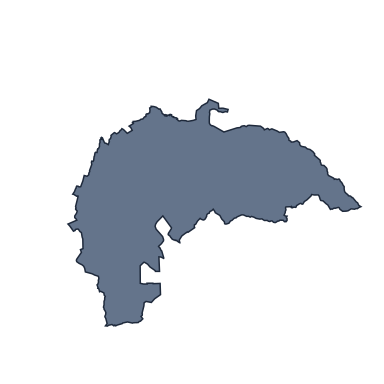 Babeni, Salaj, Romania (orthographic projection), rotated 331°
{"feature_id": "2599482B45122304788929", "entity_name": "Babeni", "entity_type": "district", "adm_level": 2, "iso_a3": "ROU", "parent_name": "Romania", "parent_adm1": "Salaj", "projection": "orthographic", "projection_center": [23.391, 47.295], "detail": "fine", "context": "isolated", "style": "filled", "palette": "slate", "viewbox_px": 384, "rotation_deg": 331, "n_neighbors": 0, "source": "geoboundaries", "source_scale": "gbopen_adm2", "svg_char_len": 6044}
<svg xmlns="http://www.w3.org/2000/svg" viewBox="0 0 384 384"><g transform="rotate(331 192 192)"><path d="M258.0,127.2L251.8,119.1L248.8,121.3L242.5,121.3L239.0,122.7L235.4,123.0L232.1,127.3L230.7,130.5L227.9,130.0L223.2,128.4L221.8,127.5L221.4,126.8L217.5,124.2L215.7,124.0L214.6,123.0L214.5,121.9L214.0,121.1L214.8,120.9L214.5,119.8L212.3,118.0L212.6,117.9L212.4,117.2L211.2,116.4L211.1,115.8L211.6,114.6L210.9,113.8L209.6,114.4L209.2,113.9L209.5,113.4L208.2,113.3L206.8,112.0L206.6,113.3L205.1,112.1L205.0,111.7L205.4,111.1L204.9,110.7L204.0,108.7L204.4,107.4L204.3,103.8L203.3,103.6L201.8,100.5L200.3,99.0L199.1,98.0L198.4,98.0L197.9,97.2L197.0,98.1L195.7,98.0L194.8,100.3L193.4,102.1L191.1,102.3L190.7,101.8L189.8,101.7L189.3,102.0L188.2,103.6L186.8,103.3L184.4,104.3L182.5,103.6L180.9,103.9L176.9,102.8L174.8,101.8L174.6,102.4L173.7,102.3L173.9,103.7L168.9,103.9L169.7,105.9L169.6,109.1L163.8,109.3L162.4,104.3L161.4,102.6L160.2,103.3L158.9,103.4L157.2,104.4L155.1,104.6L154.2,104.5L153.1,102.5L152.8,102.4L148.6,103.2L148.3,104.1L146.5,105.9L145.2,105.9L144.1,107.3L144.1,108.0L142.1,109.4L142.0,109.8L141.7,110.0L140.5,107.8L139.5,107.0L139.4,105.7L139.9,101.2L139.0,99.8L139.2,101.4L138.4,101.0L138.4,102.1L137.7,101.6L136.7,101.8L135.6,104.0L134.4,105.0L133.1,107.4L131.1,108.8L130.6,108.5L129.8,109.1L128.1,111.4L126.9,110.5L126.1,110.8L123.9,113.5L123.5,113.6L121.4,116.6L120.3,117.3L119.4,116.4L118.5,117.1L117.7,119.3L112.8,123.6L112.4,124.6L110.9,125.5L110.1,126.9L107.9,127.4L105.7,125.3L101.8,129.5L97.2,133.4L95.7,132.8L95.1,131.6L94.1,131.0L93.8,131.4L93.1,131.5L92.4,132.5L91.6,132.8L89.4,134.7L86.7,136.1L87.4,136.7L89.1,139.8L90.3,140.2L90.1,140.8L83.1,148.3L82.9,149.5L82.3,150.0L82.3,150.6L81.9,150.7L81.9,151.3L82.4,153.0L80.7,154.6L78.0,156.0L77.5,156.6L77.0,157.7L77.5,159.0L77.6,160.8L68.0,159.9L68.6,162.4L69.3,168.8L71.1,169.0L71.6,168.4L72.4,168.3L74.3,169.1L74.6,169.8L74.8,172.3L75.6,173.8L75.4,174.4L74.1,178.1L73.7,180.2L69.2,188.7L66.5,188.3L66.0,191.2L58.6,194.9L57.8,195.6L57.4,197.0L58.6,199.6L60.5,202.3L61.3,204.4L61.1,206.9L60.0,210.2L65.1,215.2L66.7,217.6L69.1,220.1L69.1,221.2L68.4,222.8L67.3,223.7L66.5,225.5L65.0,226.9L63.9,227.2L63.5,229.8L62.9,230.5L63.5,231.0L63.4,232.3L62.8,234.4L63.9,234.5L66.0,237.5L65.2,239.7L65.5,241.3L64.5,242.0L63.3,244.0L62.1,244.9L60.4,248.0L58.7,249.8L58.7,250.9L58.2,252.1L58.4,253.6L58.2,255.7L57.0,257.4L55.6,258.4L55.3,259.0L55.3,260.8L54.0,265.9L51.4,267.1L53.1,268.3L54.4,268.1L57.8,269.1L58.8,271.2L59.4,270.8L60.1,271.0L60.4,272.1L62.0,272.1L67.2,273.3L67.9,273.0L72.6,274.4L76.4,277.8L77.5,278.0L81.6,280.1L83.1,279.7L84.3,280.0L87.5,279.1L87.1,276.1L88.7,275.7L89.5,274.5L89.4,274.0L94.7,268.3L96.4,265.7L98.7,265.4L102.9,268.9L107.5,267.3L114.7,266.5L119.8,256.5L113.5,253.3L113.6,252.8L108.6,250.1L108.6,250.6L108.3,250.8L105.0,249.0L102.5,246.8L110.9,231.4L115.8,230.1L116.4,230.5L118.2,233.6L118.9,237.2L121.6,242.7L121.7,243.2L121.5,243.7L125.1,245.7L131.6,232.7L133.2,233.7L135.0,236.3L135.3,236.1L136.9,229.1L136.9,228.5L136.6,228.3L136.9,225.3L136.6,225.0L136.4,223.3L140.2,222.4L143.4,220.9L144.1,219.8L144.7,216.7L142.6,207.1L143.1,204.1L144.6,202.5L147.1,201.1L154.9,198.8L156.7,213.4L155.9,214.2L151.3,216.7L150.5,217.8L151.4,219.9L151.4,221.1L151.8,223.6L153.1,225.4L153.9,225.7L153.9,226.3L155.2,226.9L155.1,227.5L156.6,230.4L156.8,230.5L157.5,227.9L161.8,225.5L166.7,224.8L167.9,224.9L168.5,224.6L169.1,225.3L177.0,224.5L176.9,224.0L178.3,221.8L179.6,222.0L182.7,220.1L186.3,219.0L186.6,220.0L188.2,221.9L188.9,222.2L190.5,222.0L193.1,220.3L193.5,219.5L194.4,218.8L195.7,218.6L196.7,218.9L198.2,217.7L200.3,217.9L202.2,217.3L202.5,219.9L202.3,221.4L205.0,226.0L204.9,230.0L205.9,233.7L205.2,235.5L205.5,236.1L206.7,236.7L209.2,237.2L211.6,236.0L213.2,236.2L216.3,235.4L218.1,236.0L219.4,235.6L224.5,236.1L225.9,237.0L228.0,239.8L229.7,240.7L230.7,242.2L232.2,242.2L234.0,244.1L235.3,246.2L238.2,248.6L240.1,249.4L241.5,252.0L244.0,253.3L244.6,254.5L245.8,255.6L247.2,255.6L248.1,256.3L248.6,258.0L249.9,259.1L251.6,259.2L252.4,258.9L253.9,259.5L255.3,259.3L258.1,261.0L258.4,262.7L259.0,263.2L259.8,263.0L260.0,263.5L261.3,263.0L262.2,261.4L262.0,260.2L263.4,259.2L262.1,258.4L261.3,256.9L263.6,255.2L264.1,254.3L265.5,253.2L266.1,251.2L267.0,250.6L271.2,252.7L271.3,253.6L272.1,253.1L272.3,254.5L273.8,254.6L275.2,255.7L275.8,255.6L276.8,254.6L280.5,254.4L281.7,254.7L282.1,255.7L283.0,256.3L285.7,254.8L288.7,254.6L294.1,253.2L295.4,252.2L297.5,253.9L300.9,255.7L301.2,257.3L300.5,260.7L300.5,261.8L302.3,263.3L303.5,267.1L304.5,269.2L304.6,274.3L305.5,274.3L306.2,275.0L308.4,275.0L309.5,275.7L312.5,276.4L313.1,277.1L313.0,278.8L314.4,281.9L317.6,283.5L319.4,284.1L323.0,283.9L325.9,285.9L327.4,286.0L328.6,286.8L330.2,286.5L332.6,286.7L331.4,284.6L331.6,281.6L330.9,280.5L329.8,274.7L329.2,274.4L328.7,272.5L327.0,271.1L327.0,269.8L326.2,268.1L325.7,266.1L325.8,265.2L326.7,262.8L327.7,261.1L327.4,258.5L327.6,257.9L327.5,255.9L327.0,254.8L327.0,253.9L327.2,253.5L326.9,251.9L324.9,251.4L324.1,250.3L322.6,249.9L322.8,249.2L322.4,248.2L319.4,243.8L319.3,242.1L320.2,240.6L320.4,239.0L321.0,238.0L321.3,236.9L321.2,235.8L320.3,232.8L318.5,231.5L318.2,230.8L318.7,229.1L318.7,227.8L319.4,226.8L319.4,226.0L316.9,219.3L317.8,218.1L317.3,215.3L315.8,212.0L313.7,210.1L312.9,207.7L309.9,205.2L309.4,204.2L309.2,202.7L310.0,201.1L308.8,198.0L304.9,197.4L303.0,196.4L303.0,195.4L301.9,193.7L302.7,192.0L302.4,189.2L302.6,186.9L302.2,184.6L301.3,183.7L297.3,182.2L296.1,180.0L292.5,175.5L289.8,175.1L289.3,173.5L288.8,173.0L285.4,172.7L285.5,171.6L285.2,170.5L283.8,167.6L274.4,161.4L273.2,160.9L271.1,161.1L269.9,159.4L267.8,158.6L266.6,158.5L266.2,158.9L265.3,158.9L262.4,157.7L249.0,155.0L243.3,145.6L242.1,144.0L241.5,143.8L240.6,142.2L240.5,140.4L241.1,139.1L243.6,134.7L245.5,132.2L245.8,131.0L247.3,129.1L250.1,129.4L251.9,130.3L253.6,132.4L254.1,133.6L253.9,134.0L254.5,134.9L255.6,135.4L257.5,137.4L260.2,137.9L261.8,139.2L263.6,137.3L259.7,133.7L256.0,131.8L258.0,127.2Z" fill="#64748b" stroke="#1e293b" stroke-width="1.5"/></g></svg>